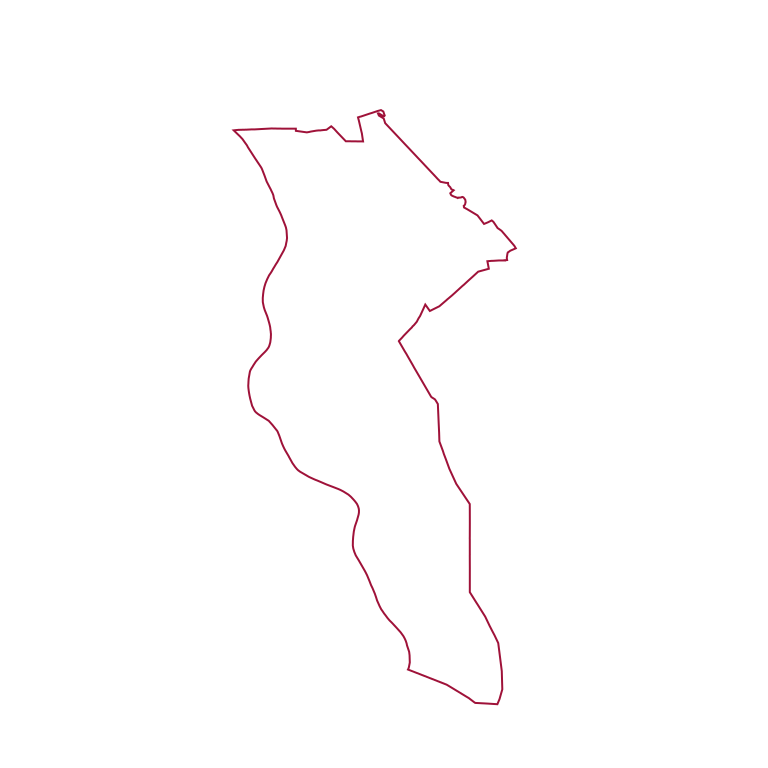 outline of Bergen (L), Limburg, Netherlands, rotated 29°
{"feature_id": "6326949B45872879397854", "entity_name": "Bergen (L)", "entity_type": "district", "adm_level": 2, "iso_a3": "NLD", "parent_name": "Netherlands", "parent_adm1": "Limburg", "projection": "natural_earth1", "projection_center": [6.089, 51.59], "detail": "fine", "context": "isolated", "style": "outline", "palette": "rose", "viewbox_px": 768, "rotation_deg": 29, "n_neighbors": 0, "source": "geoboundaries", "source_scale": "gbopen_adm2", "svg_char_len": 6069}
<svg xmlns="http://www.w3.org/2000/svg" viewBox="0 0 768 768"><g transform="rotate(29 384 384)"><path d="M543.4,622.1L584.6,616.6L590.3,616.8L595.2,617.0L605.1,617.4L607.4,617.5L607.5,617.5L610.7,617.6L611.1,617.7L614.5,618.2L617.2,618.6L618.4,618.7L629.1,613.5L638.4,609.1L637.8,603.6L635.5,593.7L626.2,578.0L616.4,564.6L609.5,555.2L607.4,553.7L602.5,550.2L597.9,547.2L594.5,544.9L594.3,544.8L585.3,538.4L576.4,533.5L572.8,531.5L570.7,530.4L560.0,524.5L548.6,503.9L542.0,492.1L541.9,491.8L541.8,491.7L534.2,478.0L534.1,477.9L532.7,475.3L526.6,464.2L520.3,452.9L517.2,447.4L509.4,443.4L495.6,436.3L488.4,431.0L482.3,426.5L474.7,419.9L470.2,416.1L468.1,414.1L465.2,411.6L460.3,407.4L455.9,400.0L450.6,391.4L440.8,375.4L437.3,373.4L436.1,372.8L435.6,372.7L432.2,372.5L431.4,372.3L410.1,359.6L402.5,355.1L400.3,353.7L391.2,348.2L389.1,346.9L386.4,345.4L378.7,340.8L376.2,339.3L376.2,339.1L376.2,338.9L376.9,336.3L377.4,334.4L377.6,333.3L377.9,332.0L380.2,323.4L380.8,321.5L381.0,320.7L381.0,319.9L381.5,318.5L381.7,317.8L382.1,315.7L382.5,313.6L382.4,310.7L382.4,309.5L382.6,307.1L382.0,299.2L381.6,294.5L382.9,295.1L388.7,297.9L394.7,289.2L397.9,280.6L398.1,280.1L398.1,279.9L400.6,273.4L405.3,259.5L405.5,259.2L407.7,252.5L409.6,247.0L409.9,246.1L411.9,240.1L419.8,232.4L419.4,231.9L417.4,229.5L414.9,226.5L418.0,224.4L420.3,223.0L425.0,220.0L429.8,217.4L429.6,217.2L431.6,215.9L430.9,215.0L430.3,214.3L430.2,214.0L428.8,210.3L428.6,209.3L428.5,209.0L428.6,208.7L428.9,208.2L429.6,206.7L429.9,206.1L431.3,204.3L433.5,201.4L430.9,199.9L412.7,193.1L411.4,192.9L408.6,192.6L408.0,192.6L407.6,192.5L407.3,192.3L404.0,190.6L400.8,189.0L400.1,189.0L399.0,188.7L398.9,188.7L396.6,192.1L394.3,195.0L393.9,195.5L390.9,194.2L389.3,193.5L384.0,191.2L372.3,190.8L371.0,190.8L369.6,190.8L369.0,190.8L368.6,190.8L368.6,190.7L367.4,189.6L367.8,188.2L367.7,187.0L367.5,186.5L367.3,186.1L367.2,185.3L365.7,183.4L363.2,182.3L362.2,182.3L361.7,182.5L360.8,183.6L359.5,184.5L359.2,184.6L358.6,185.0L358.6,185.3L358.4,185.6L357.8,185.5L357.3,185.7L356.5,185.8L354.9,186.0L354.6,186.1L353.5,186.2L352.0,186.3L350.7,186.0L350.2,185.5L349.5,185.0L351.0,180.8L350.6,180.8L350.2,180.8L349.2,181.0L348.8,181.0L348.3,180.9L347.2,180.2L346.6,179.8L344.3,179.1L343.9,178.9L343.6,178.6L342.5,177.1L341.6,177.6L340.5,178.1L335.3,179.8L333.9,179.3L331.4,178.6L328.1,177.5L323.4,176.0L294.9,166.9L291.2,165.7L286.1,164.1L279.9,162.1L258.6,155.3L255.0,151.9L249.4,151.7L247.6,150.3L248.2,149.8L253.5,150.0L253.8,149.8L253.9,149.7L254.4,149.5L254.4,148.7L253.9,148.4L251.3,146.0L248.5,145.9L246.0,148.4L241.7,153.1L240.7,154.1L234.1,161.3L233.3,162.0L232.0,163.4L234.3,165.8L241.8,174.1L243.3,175.7L243.4,175.9L243.8,176.4L245.4,178.5L248.1,182.0L232.9,190.2L221.3,186.6L216.6,185.0L213.5,184.3L212.9,184.2L210.5,189.5L207.7,191.4L206.0,192.6L205.2,193.2L203.9,193.9L202.0,195.2L197.6,198.7L196.3,199.9L194.8,201.1L194.6,201.3L192.8,202.0L184.2,205.3L183.1,203.4L179.6,205.4L178.8,205.8L174.7,208.1L166.2,212.7L165.7,212.9L161.5,215.2L153.2,220.4L147.8,223.8L145.1,225.3L140.3,228.3L134.8,231.5L134.1,232.0L133.9,232.0L131.0,234.0L129.6,235.0L135.5,236.6L138.2,237.3L139.0,237.6L140.9,238.2L141.5,238.4L145.2,240.2L146.9,241.0L147.8,241.4L148.7,241.9L149.3,242.3L150.2,242.9L161.4,248.9L171.3,254.0L172.0,254.4L173.0,255.1L174.1,256.0L178.3,259.5L183.2,263.8L188.0,267.0L189.5,268.0L190.3,268.5L191.5,269.4L193.8,271.0L195.4,272.3L195.9,272.8L196.3,273.3L197.7,275.0L200.8,277.7L203.2,279.8L204.6,280.9L209.1,283.9L210.5,284.9L212.5,286.4L213.4,287.2L218.4,291.3L220.6,293.1L222.4,294.7L222.9,295.3L224.2,296.8L227.1,301.3L228.4,303.3L228.5,303.5L228.6,303.8L229.5,306.0L230.1,308.0L231.1,311.0L231.2,312.0L231.5,314.7L231.6,315.8L231.6,318.4L231.6,320.7L231.6,326.2L231.6,329.1L231.4,331.7L231.3,335.1L231.2,336.8L231.2,339.6L231.1,341.6L230.9,343.7L230.8,344.7L230.9,346.5L231.0,348.8L231.5,353.3L232.3,357.0L233.4,360.7L234.8,364.2L236.3,367.6L238.3,371.1L239.3,372.3L241.7,375.1L243.9,377.2L248.7,381.1L250.2,382.5L251.5,383.8L253.2,385.5L254.2,386.5L255.6,388.0L256.2,388.7L256.9,389.5L258.1,391.2L259.6,393.2L260.1,394.0L260.7,394.8L261.4,396.0L261.8,396.9L262.5,398.2L262.9,399.1L263.5,400.6L264.3,402.6L264.7,404.2L265.1,406.0L265.3,408.0L264.9,411.2L264.3,413.7L263.0,418.1L261.9,422.4L261.4,424.7L261.0,426.6L260.7,430.7L260.6,433.6L260.5,434.5L260.5,436.0L260.5,436.8L260.6,437.4L260.7,438.1L261.2,439.6L262.0,441.9L263.0,444.8L264.2,447.4L265.2,449.4L266.0,451.1L266.1,451.3L267.3,453.2L268.9,455.4L270.2,457.1L271.9,459.2L273.9,461.5L276.2,463.9L279.2,467.0L282.0,468.9L283.3,469.8L283.7,470.0L284.3,470.4L284.7,470.5L285.8,470.9L287.1,471.1L288.0,471.3L289.2,471.4L289.9,471.5L294.9,471.7L301.2,472.1L301.4,472.2L306.3,473.9L309.2,475.1L313.3,476.8L314.0,477.2L317.5,480.0L323.5,485.4L326.1,487.4L328.2,488.9L329.9,490.0L336.0,493.6L336.2,493.8L339.1,495.6L342.3,497.6L342.7,497.8L344.6,498.7L346.2,499.5L349.0,500.6L350.1,500.9L350.8,501.1L351.7,501.2L352.4,501.3L353.2,501.4L362.4,501.6L363.2,501.6L363.7,501.6L369.0,501.2L370.9,501.0L372.2,500.8L376.9,500.3L382.1,499.8L387.1,499.1L389.1,498.8L392.0,498.4L392.8,498.3L394.9,498.0L397.2,497.8L400.6,497.7L406.5,498.0L409.8,498.7L412.6,499.6L414.6,500.3L416.1,500.9L418.5,502.0L419.6,502.8L420.3,503.3L421.2,504.1L422.4,505.3L423.4,506.7L424.4,508.6L424.5,508.8L424.9,510.0L425.1,510.5L425.9,513.9L426.1,514.8L426.4,515.9L426.7,517.6L427.5,522.1L427.6,522.6L427.8,523.4L429.1,527.6L430.2,530.3L431.1,532.5L432.9,536.4L433.5,537.5L435.1,540.5L437.0,542.9L437.1,543.0L439.3,545.1L439.5,545.3L440.9,546.4L441.5,546.9L442.4,547.6L445.0,549.1L447.3,550.4L458.4,557.1L461.8,559.4L466.6,563.2L470.2,566.2L472.9,568.1L477.6,571.8L480.6,574.5L482.9,576.7L486.5,579.4L487.8,580.4L489.0,581.2L490.8,582.4L492.7,583.3L495.4,584.7L497.1,585.4L500.6,587.0L503.5,588.1L506.7,589.0L512.5,590.9L518.9,593.1L520.2,593.7L523.2,595.1L524.3,595.8L525.4,596.5L527.3,597.9L528.1,598.6L529.4,599.8L529.7,600.1L530.7,601.3L530.9,601.5L535.8,606.0L537.9,608.9L541.6,615.1L543.1,619.7L543.4,621.3L543.4,622.1Z" fill="none" stroke="#9f1239" stroke-width="2"/></g></svg>